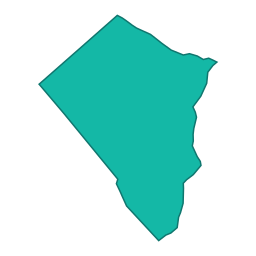 outline of Timbaúba dos Batistas, Rio Grande do Norte, Brazil
{"feature_id": "56859067B13745413884516", "entity_name": "Timbaúba dos Batistas", "entity_type": "district", "adm_level": 2, "iso_a3": "BRA", "parent_name": "Brazil", "parent_adm1": "Rio Grande do Norte", "projection": "mercator", "projection_center": [-37.223, -6.487], "detail": "fine", "context": "isolated", "style": "filled", "palette": "teal", "viewbox_px": 256, "rotation_deg": 0, "n_neighbors": 0, "source": "geoboundaries", "source_scale": "gbopen_adm2", "svg_char_len": 706}
<svg xmlns="http://www.w3.org/2000/svg" viewBox="0 0 256 256"><path d="M216.9,62.1L212.9,60.1L208.7,58.2L203.3,59.5L197.3,56.0L189.5,53.7L183.3,55.0L171.2,50.1L161.8,43.3L150.5,34.4L141.4,30.3L136.4,28.0L131.9,25.0L125.6,20.3L122.1,17.9L117.3,15.4L79.4,48.8L39.1,84.2L63.6,113.1L117.8,179.2L116.4,183.7L120.3,191.9L122.4,196.7L126.6,206.0L158.7,240.6L165.8,235.1L170.9,233.0L177.2,227.6L178.6,217.2L180.5,212.6L183.1,203.3L183.5,188.3L183.3,183.2L186.6,179.7L193.3,174.6L201.0,165.4L200.3,161.4L197.2,156.6L192.3,145.9L193.3,141.0L193.1,134.5L193.8,128.5L196.5,117.2L195.3,112.2L192.9,106.9L200.8,96.2L206.7,83.3L207.8,72.2L212.9,65.5L216.9,62.1Z" fill="#14b8a6" stroke="#0f766e" stroke-width="1.5"/></svg>